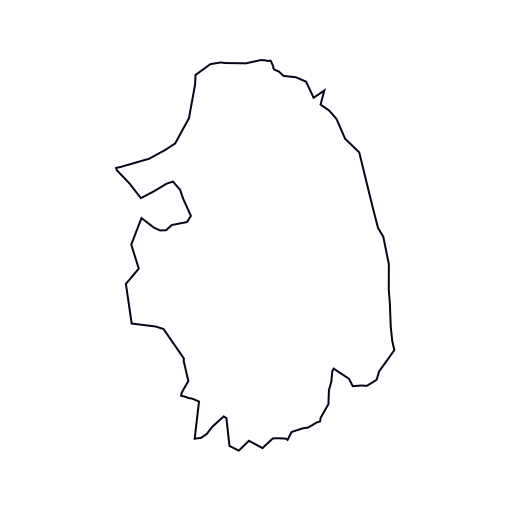 outline of Igbo-Eze North, Enugu, Nigeria, rotated 14°
{"feature_id": "59680162B31217574251855", "entity_name": "Igbo-Eze North", "entity_type": "district", "adm_level": 2, "iso_a3": "NGA", "parent_name": "Nigeria", "parent_adm1": "Enugu", "projection": "equal_earth", "projection_center": [7.451, 7.008], "detail": "fine", "context": "isolated", "style": "outline", "palette": "ink", "viewbox_px": 512, "rotation_deg": 14, "n_neighbors": 0, "source": "geoboundaries", "source_scale": "gbopen_adm2", "svg_char_len": 1625}
<svg xmlns="http://www.w3.org/2000/svg" viewBox="0 0 512 512"><g transform="rotate(14 256 256)"><path d="M413.0,313.9L408.7,305.3L403.9,292.2L402.3,286.6L399.5,277.1L397.8,271.0L392.9,256.3L386.9,231.8L384.3,226.4L374.9,206.6L367.5,199.1L359.4,184.1L351.7,169.7L332.8,133.7L331.1,130.5L314.1,120.7L301.0,103.6L291.7,97.1L282.0,93.5L282.3,78.8L273.6,88.5L267.9,81.4L267.0,80.4L262.3,74.7L251.2,72.9L239.2,74.6L233.3,71.4L229.2,70.8L228.6,70.7L227.5,69.7L226.8,67.8L224.5,64.8L223.0,63.0L219.7,64.0L218.0,63.9L214.1,64.5L211.7,65.5L199.6,71.5L184.6,75.0L180.5,76.0L174.8,76.8L168.7,79.4L165.3,80.9L153.5,95.0L155.4,104.3L156.2,116.7L156.2,116.8L156.9,127.6L157.6,138.6L152.2,159.1L150.3,166.4L141.9,175.4L128.5,187.7L122.8,190.9L103.0,202.4L100.7,203.5L99.0,204.4L100.0,206.3L115.8,216.3L130.3,227.7L141.0,218.2L151.8,207.4L157.4,203.9L166.4,210.2L171.4,218.0L183.1,232.8L180.9,239.7L166.8,246.3L162.5,252.8L156.7,254.4L149.9,253.1L135.7,246.9L132.2,275.1L145.3,296.6L136.5,314.5L151.7,351.6L175.6,348.7L183.9,349.2L189.0,353.7L210.8,372.9L211.3,375.5L220.6,393.7L217.9,403.1L217.0,406.8L217.1,409.7L222.1,409.7L224.8,410.2L228.0,409.8L230.3,410.1L235.9,411.0L240.7,448.1L246.6,445.8L251.2,440.7L254.9,432.3L263.4,419.5L266.5,420.5L276.2,446.7L286.4,449.0L293.8,437.0L304.1,439.6L308.8,440.8L316.4,429.0L320.2,427.8L328.7,426.0L331.1,426.8L333.1,418.1L343.1,411.9L348.0,409.9L355.2,402.8L358.1,401.1L357.9,397.2L362.1,382.2L359.2,368.3L359.5,359.9L357.9,349.3L358.6,346.5L376.0,352.7L381.4,358.9L389.5,356.2L394.9,355.2L399.9,350.2L403.0,346.9L403.4,338.1L413.0,313.9Z" fill="none" stroke="#020617" stroke-width="2"/></g></svg>